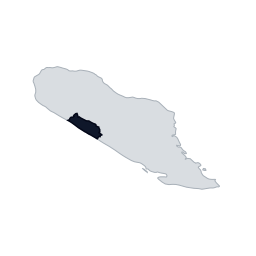 Vatovavy-Fitovinany highlighted on a map of Madagascar, rotated 108°
{"feature_id": "MDG-5882", "entity_name": "Vatovavy-Fitovinany", "entity_type": "Autonomous Province", "adm_level": 1, "iso_a3": "MDG", "parent_name": "Madagascar", "parent_adm1": "", "projection": "equal_earth", "projection_center": [48.052, -21.409], "detail": "fine", "context": "in_parent", "style": "filled", "palette": "ink", "viewbox_px": 256, "rotation_deg": 108, "n_neighbors": 0, "source": "natural_earth", "source_scale": "10m", "svg_char_len": 4425}
<svg xmlns="http://www.w3.org/2000/svg" viewBox="0 0 256 256"><g transform="rotate(108 128 128)"><path d="M158.8,28.7L159.3,30.4L159.9,31.9L161.9,35.8L162.7,37.3L163.4,38.8L163.8,42.0L165.0,46.8L166.2,54.1L166.5,61.6L166.9,65.0L167.8,68.2L169.2,71.6L169.7,75.3L168.8,79.1L167.4,82.7L167.1,83.4L166.5,84.3L166.2,84.3L165.1,83.4L164.3,81.8L163.2,78.3L162.8,76.4L162.3,76.1L161.1,76.3L160.1,77.4L160.0,78.2L160.2,80.2L160.5,82.0L160.7,83.8L160.7,86.2L161.0,86.9L161.5,87.4L162.0,89.0L162.1,92.6L161.8,94.4L160.9,96.0L160.9,96.8L161.3,97.7L161.0,98.3L159.8,99.0L159.3,99.6L158.6,101.1L157.6,104.4L157.4,106.1L158.1,111.1L157.9,114.7L156.5,121.5L155.7,124.7L154.6,128.6L153.0,133.7L151.3,140.1L149.9,146.7L148.9,150.6L147.7,154.5L146.1,161.3L144.7,168.3L142.7,175.9L139.9,184.4L139.6,185.5L139.1,189.8L138.5,193.5L137.7,197.2L136.2,203.4L136.0,205.2L135.7,207.1L134.2,210.9L133.5,212.3L133.1,213.8L132.9,215.7L132.4,217.6L131.3,221.0L129.7,223.9L128.6,225.0L126.3,226.5L125.1,226.8L122.4,226.8L119.8,227.7L117.1,229.4L114.5,231.3L113.5,232.3L112.4,232.8L109.0,232.9L108.0,232.5L104.5,229.3L103.2,228.8L100.7,228.3L99.9,228.1L99.2,227.7L98.2,226.0L96.1,224.6L95.7,224.2L95.3,223.2L95.1,222.1L94.6,221.0L94.2,218.7L93.5,217.2L91.6,214.4L91.4,213.6L91.2,210.6L91.2,208.7L91.0,205.0L91.2,203.3L91.8,201.8L91.5,200.1L90.8,198.4L90.5,196.5L90.0,194.9L88.0,191.9L87.5,190.5L87.2,188.9L86.4,184.2L86.3,182.5L86.4,179.1L86.6,177.3L87.1,176.0L87.2,175.1L87.5,174.3L87.9,173.6L88.3,172.8L88.9,168.4L89.9,167.4L91.2,166.8L92.3,165.6L93.0,164.1L93.6,160.8L95.3,157.5L95.9,155.8L97.3,153.3L98.5,149.6L98.9,147.9L99.1,146.2L99.4,142.3L99.7,140.4L99.6,138.5L98.9,136.6L97.1,133.0L97.1,132.4L97.2,129.7L97.0,127.8L96.4,125.9L95.5,124.1L94.7,120.8L94.3,115.2L94.3,113.2L94.1,111.4L93.5,109.7L93.9,106.8L99.0,96.0L99.1,94.7L98.9,91.4L99.0,89.5L99.2,88.8L99.6,88.4L100.4,88.2L104.6,87.7L105.1,87.4L106.2,86.4L107.6,84.7L108.3,84.2L108.8,84.4L109.2,85.1L109.7,85.5L111.3,84.7L112.0,84.7L112.6,84.8L112.9,84.1L113.1,83.1L113.4,82.4L113.8,82.0L116.0,81.8L117.4,81.5L119.2,80.8L119.5,81.0L121.0,83.5L121.4,83.7L122.0,83.8L122.5,83.3L121.3,82.0L121.1,81.3L121.2,80.5L121.8,78.7L122.9,77.3L125.2,75.2L127.6,72.8L128.3,72.7L128.9,73.1L129.4,75.9L129.3,76.3L129.7,76.4L130.1,76.1L130.5,74.9L130.6,74.0L130.2,73.1L130.1,72.3L130.1,71.6L131.3,69.9L132.3,68.3L132.7,66.4L133.1,65.6L134.1,64.6L134.4,64.7L134.7,65.5L134.8,66.4L134.5,67.2L134.1,68.1L134.0,69.2L134.6,69.4L135.1,69.1L135.9,67.1L136.8,65.2L137.4,64.2L138.0,63.5L139.2,63.7L140.3,64.1L138.5,62.1L138.0,59.3L140.2,54.5L140.2,53.5L140.5,53.2L140.6,52.9L139.5,51.2L139.3,50.4L139.5,49.2L140.0,48.1L140.5,47.4L141.1,47.1L141.7,47.5L142.9,48.8L143.7,49.0L144.6,47.8L145.4,46.2L146.6,45.1L148.0,44.4L150.0,41.9L151.4,36.7L151.5,35.1L151.2,33.3L150.7,31.5L149.9,29.3L150.1,28.8L151.3,29.1L151.6,28.8L152.9,26.9L154.9,23.1L155.5,23.1L156.1,23.8L156.3,24.8L156.7,25.6L158.1,27.4L158.8,28.7ZM144.7,43.4L144.7,44.0L143.2,43.8L142.9,41.8L143.7,41.7L143.8,40.9L144.3,40.8L144.8,42.6L144.7,43.4ZM163.2,99.1L161.9,102.0L162.3,99.6L163.8,96.1L164.3,95.9L163.2,99.1Z" fill="#d9dde1" stroke="#a8b0b8" stroke-width="1"/><path d="M147.8,153.9L147.2,156.3L146.0,161.8L145.9,162.1L145.7,162.3L145.6,162.5L145.7,162.8L145.8,162.6L146.0,162.8L145.9,163.1L145.9,163.3L145.7,163.8L145.6,164.0L145.6,164.6L145.5,165.1L145.0,166.3L145.0,166.5L145.0,167.0L144.8,168.3L144.6,168.9L144.5,169.3L143.0,175.2L141.5,179.4L140.1,183.7L139.9,184.7L139.6,185.7L139.3,187.5L138.1,186.2L136.7,186.2L135.3,185.4L134.8,183.7L133.8,182.9L133.4,183.5L132.4,183.3L130.5,182.1L129.9,181.0L131.2,180.0L133.0,178.9L132.5,177.7L133.0,176.5L133.4,174.2L134.1,169.8L133.7,168.4L133.4,167.3L133.9,165.5L134.4,162.6L134.5,160.1L135.1,159.3L136.0,159.1L136.1,158.2L136.2,156.0L137.1,155.7L138.2,154.4L138.3,154.4L138.8,154.3L139.1,154.1L139.3,154.0L139.5,154.1L139.8,154.1L140.0,154.0L140.1,153.9L140.3,153.8L140.3,153.7L140.5,153.7L140.8,153.7L141.0,153.9L141.2,154.1L141.3,154.2L141.5,154.2L141.6,153.8L141.6,153.7L141.6,153.3L142.0,152.6L142.0,152.4L142.1,152.2L142.2,151.9L142.3,151.8L142.3,151.7L142.4,151.4L142.3,151.2L142.4,150.9L142.5,150.9L142.8,150.8L142.9,151.0L143.2,151.5L143.4,151.8L143.7,152.0L143.8,152.0L144.0,152.1L144.4,152.0L144.6,151.9L144.6,152.0L144.8,152.1L145.0,152.3L145.1,152.6L145.1,152.8L145.1,153.1L145.3,153.3L145.9,153.5L146.8,153.5L147.7,153.8L147.8,153.9Z" fill="#0f172a" stroke="#020617" stroke-width="1.5"/></g></svg>